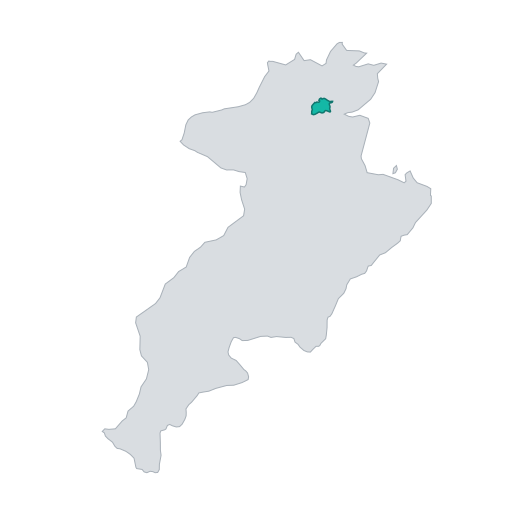 Pongsan, Hwanghae-bukto, North Korea shown in context, rotated 169°
{"feature_id": "82179303B35443402904983", "entity_name": "Pongsan", "entity_type": "district", "adm_level": 2, "iso_a3": "PRK", "parent_name": "North Korea", "parent_adm1": "Hwanghae-bukto", "projection": "natural_earth1", "projection_center": [125.882, 38.516], "detail": "fine", "context": "in_parent", "style": "filled", "palette": "teal", "viewbox_px": 512, "rotation_deg": 169, "n_neighbors": 0, "source": "geoboundaries", "source_scale": "gbopen_adm2", "svg_char_len": 4049}
<svg xmlns="http://www.w3.org/2000/svg" viewBox="0 0 512 512"><g transform="rotate(169 256 256)"><path d="M308.6,383.1L306.5,384.2L303.0,390.4L299.8,398.2L296.6,402.5L292.9,404.8L288.9,406.2L281.1,406.8L273.9,406.3L271.6,405.4L261.8,405.9L259.1,406.5L245.0,405.9L237.6,406.5L232.9,408.0L228.2,411.2L224.1,416.0L220.5,421.1L213.2,430.5L208.0,435.1L208.0,441.6L207.9,443.6L206.1,445.0L205.4,444.4L202.5,443.9L190.4,437.9L180.6,441.6L178.1,446.4L175.5,447.9L171.5,438.6L165.1,438.3L154.9,430.0L150.5,431.7L149.4,435.0L143.8,442.6L136.0,448.8L133.4,449.7L130.5,449.2L131.0,447.5L127.8,440.5L115.4,437.6L111.0,434.7L108.7,434.0L120.9,426.2L124.0,424.8L121.7,423.0L119.1,422.1L109.2,423.2L104.0,420.7L96.4,421.5L91.2,419.4L102.1,411.8L102.6,407.2L102.4,403.8L108.0,393.6L113.5,388.0L127.8,380.0L134.1,378.9L138.6,379.2L142.3,378.4L138.4,375.4L134.6,374.0L127.2,374.3L119.6,369.7L118.9,364.8L133.8,334.1L134.0,331.3L131.7,323.9L131.0,316.6L120.4,312.4L115.7,311.9L102.0,303.7L96.6,299.6L94.5,300.8L94.1,307.4L92.1,308.8L88.5,310.1L86.8,302.6L83.9,297.2L74.9,291.7L71.6,288.7L73.2,282.1L72.5,281.5L73.9,274.2L79.5,268.5L93.1,258.4L96.6,253.7L103.5,248.1L106.6,248.2L109.8,247.7L110.8,245.3L111.5,243.4L114.3,241.7L120.9,238.6L128.4,234.5L134.4,233.4L141.7,227.3L144.7,224.7L147.7,224.7L148.6,223.4L150.3,220.3L152.6,218.2L155.9,217.9L161.2,216.4L167.8,215.5L172.4,210.4L173.9,206.7L176.9,202.7L183.3,198.4L187.6,191.9L192.5,184.9L194.8,182.7L197.0,182.2L198.4,179.6L199.9,172.2L202.1,164.9L203.4,161.5L209.0,157.8L210.4,156.0L211.7,155.4L214.3,155.9L217.7,153.7L221.0,151.3L224.0,152.1L227.0,154.1L230.2,158.1L231.6,161.3L234.1,164.0L234.6,167.8L237.1,169.5L242.4,170.4L251.2,173.0L256.8,173.2L260.0,175.2L266.8,176.2L280.2,174.7L285.7,175.6L288.0,178.0L291.5,180.0L293.7,180.1L296.6,176.7L299.8,171.4L301.8,167.2L301.7,164.0L299.8,160.5L295.4,157.2L292.4,152.1L289.6,146.9L288.0,145.2L286.6,142.7L286.3,138.8L287.3,136.2L293.9,134.4L302.5,133.4L309.4,134.5L321.0,133.7L328.1,132.3L333.4,132.5L338.2,132.5L340.4,130.2L347.1,124.8L350.3,122.9L353.9,119.3L354.4,115.5L355.1,112.4L357.1,109.1L360.6,105.0L363.6,103.1L366.9,103.4L370.5,105.3L372.8,107.1L375.3,106.6L377.4,103.4L378.8,102.8L382.8,102.5L384.0,100.5L385.5,91.1L386.9,83.7L387.2,78.5L390.6,69.9L391.7,64.8L393.8,62.3L396.3,62.5L398.4,64.0L401.0,64.9L404.5,64.1L407.0,65.4L408.5,68.2L413.7,70.1L414.2,71.5L414.3,80.8L417.2,85.2L421.0,89.1L426.3,92.7L429.0,93.6L430.8,96.1L432.4,100.6L436.2,104.9L438.2,108.0L438.6,111.3L440.4,113.1L437.4,115.2L433.5,113.9L427.0,113.2L418.8,119.6L414.3,121.9L411.2,128.2L404.7,131.9L401.3,135.9L396.8,142.8L393.8,149.5L387.0,156.3L383.0,164.9L382.9,172.3L387.5,179.8L387.9,186.2L385.0,199.4L386.9,213.4L385.1,218.9L363.7,228.5L358.2,233.3L350.4,245.8L340.8,250.4L334.9,255.5L326.6,258.5L321.4,267.3L315.6,272.3L308.7,275.3L303.6,279.2L292.0,279.4L283.8,282.2L278.0,289.5L260.5,297.9L258.2,304.2L259.4,314.0L259.5,321.4L258.0,327.6L254.2,325.9L252.1,327.9L249.9,333.6L250.6,340.0L256.6,342.1L261.6,344.8L268.5,346.1L273.7,349.2L284.7,362.8L293.6,368.8L296.0,371.1L301.1,374.1L305.9,378.8L308.6,383.1ZM104.2,315.9L100.9,318.0L100.7,314.2L103.3,311.1L105.9,310.7L104.2,315.9Z" fill="#d9dde1" stroke="#a8b0b8" stroke-width="1"/><path d="M155.3,383.7L155.3,384.5L155.5,385.1L155.5,385.9L155.5,387.1L154.9,388.1L154.9,389.3L155.1,390.3L155.1,391.3L154.7,391.9L153.9,392.1L152.7,392.1L152.0,392.3L151.6,392.6L151.3,393.2L152.0,393.4L152.9,393.4L154.3,393.6L155.2,394.4L156.0,395.0L157.3,396.4L158.7,397.6L160.0,397.8L161.2,397.4L162.1,398.6L162.7,398.4L163.7,398.0L164.5,396.8L164.2,396.6L163.9,396.0L164.4,395.3L165.0,394.9L166.2,395.3L167.1,395.5L167.7,395.1L168.3,395.1L168.9,395.5L170.8,394.1L172.3,392.9L172.9,391.7L172.9,390.1L172.8,388.9L173.7,387.4L173.9,386.2L174.3,384.9L172.8,383.8L171.1,383.8L169.9,384.2L168.6,384.6L167.2,385.2L166.1,385.2L165.3,384.6L164.3,384.0L163.2,383.8L162.0,384.0L160.9,385.1L160.1,385.5L158.8,385.1L157.6,384.3L157.0,383.9L156.3,383.4L155.8,383.3L155.7,383.3L155.3,383.7Z" fill="#14b8a6" stroke="#0f766e" stroke-width="1.5"/></g></svg>